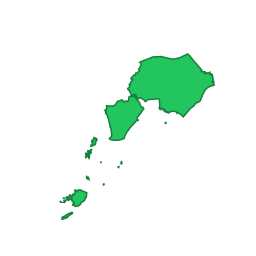 Kayong Utara, Kalimantan Barat, Indonesia (orthographic projection), rotated 334°
{"feature_id": "22746128B56151469580770", "entity_name": "Kayong Utara", "entity_type": "district", "adm_level": 2, "iso_a3": "IDN", "parent_name": "Indonesia", "parent_adm1": "Kalimantan Barat", "projection": "orthographic", "projection_center": [109.449, -1.248], "detail": "fine", "context": "isolated", "style": "filled", "palette": "green", "viewbox_px": 256, "rotation_deg": 334, "n_neighbors": 0, "source": "geoboundaries", "source_scale": "gbopen_adm2", "svg_char_len": 5895}
<svg xmlns="http://www.w3.org/2000/svg" viewBox="0 0 256 256"><g transform="rotate(334 128 128)"><path d="M182.6,142.2L192.8,137.7L195.5,137.4L197.7,136.6L199.4,135.6L201.0,135.4L202.9,135.7L204.9,135.2L210.2,130.4L214.1,127.6L217.2,126.6L221.3,126.5L223.8,127.4L224.2,126.7L224.5,126.7L224.5,126.3L224.1,125.9L224.3,124.6L225.0,124.5L224.8,124.1L225.3,123.7L224.7,123.3L225.3,123.3L225.1,122.9L225.7,121.8L225.6,121.3L226.4,120.3L226.8,120.4L226.1,119.9L226.5,119.4L226.9,118.0L226.4,117.2L227.1,116.9L227.0,116.3L226.0,115.9L226.0,115.4L225.6,115.4L226.0,115.0L225.6,114.2L225.9,113.8L224.3,113.7L223.8,113.3L222.8,113.5L222.1,112.6L221.6,113.1L221.0,112.9L220.8,112.4L222.0,111.8L221.7,111.1L220.7,110.4L219.2,110.4L219.2,109.4L218.5,109.4L218.8,109.3L218.7,108.5L219.2,108.6L219.3,108.1L219.7,108.1L216.6,96.9L215.3,90.9L214.1,87.6L206.2,87.6L200.9,86.7L199.3,86.2L196.1,84.1L189.1,78.3L181.4,75.0L176.8,74.8L171.9,74.2L167.6,74.1L168.4,74.9L167.5,76.0L167.5,77.3L165.7,78.3L164.8,79.3L163.4,79.6L163.3,81.9L161.8,82.0L160.3,82.8L159.2,82.0L157.7,83.7L156.1,82.9L154.9,83.9L153.0,84.1L152.3,85.3L152.6,85.9L153.3,86.3L153.3,86.8L152.6,87.3L150.8,87.7L149.6,89.0L148.2,89.3L147.9,89.9L148.4,90.4L148.0,91.3L147.1,92.0L145.7,92.1L145.0,92.6L144.8,93.2L145.5,94.9L145.7,97.2L145.4,100.1L146.5,100.7L147.8,100.3L148.9,100.9L149.5,101.9L149.4,105.2L150.2,106.4L151.4,106.2L152.4,106.3L153.3,107.0L153.4,107.5L155.1,110.8L155.0,111.7L155.8,112.0L156.2,111.4L157.7,111.3L159.9,111.8L168.4,115.2L168.7,115.9L166.2,122.2L165.8,122.8L165.2,123.0L165.3,123.7L164.7,124.1L164.8,124.7L165.2,124.6L165.3,125.5L165.6,125.5L165.8,125.9L166.8,125.1L167.8,125.7L167.6,127.3L168.1,127.2L168.3,127.6L168.8,127.2L169.3,128.0L168.9,129.2L168.3,129.3L168.7,129.8L169.6,130.0L169.3,130.5L169.6,130.8L169.9,130.4L170.7,130.7L170.8,132.2L171.7,132.3L171.9,132.0L172.4,131.9L173.4,132.2L173.7,131.8L174.3,131.8L177.5,133.7L178.6,135.0L178.5,136.0L178.9,135.7L179.4,136.1L181.4,138.8L182.3,141.4L182.6,141.6L182.6,142.2ZM121.4,100.4L118.5,98.6L117.6,100.7L116.7,101.8L116.3,101.9L115.5,101.6L115.1,101.9L115.5,102.6L115.5,103.4L114.8,103.5L115.0,104.5L114.3,105.0L114.9,106.5L114.1,113.4L113.8,113.7L112.8,118.5L112.4,118.8L112.7,119.1L112.2,122.0L110.6,126.4L109.4,128.6L107.3,128.9L106.5,129.7L107.1,130.6L108.9,132.1L111.7,133.8L115.0,135.1L119.4,135.7L120.1,135.6L121.1,134.2L124.4,131.7L129.7,128.8L138.0,125.5L139.9,125.2L140.4,125.6L140.7,125.3L140.1,124.8L140.0,124.0L140.7,122.8L143.3,121.5L143.4,121.2L144.0,121.2L145.7,120.4L149.5,118.1L150.4,117.9L150.7,117.4L150.4,115.9L149.4,114.9L149.1,113.7L149.2,111.6L149.6,110.4L148.5,106.7L148.0,104.0L148.1,103.0L148.8,102.4L148.6,102.0L146.0,101.8L144.9,101.3L144.0,100.4L143.5,100.4L142.0,100.8L141.5,102.3L140.5,103.5L139.1,103.9L137.8,102.7L135.6,102.9L135.3,100.6L134.9,100.0L132.7,100.0L130.4,99.4L127.1,101.4L125.5,101.9L123.7,101.5L123.3,101.2L122.9,101.3L121.8,100.4L121.4,100.4ZM53.2,160.6L52.6,160.8L52.7,162.3L51.5,163.3L51.0,164.3L50.2,164.2L50.2,163.6L49.9,163.4L48.8,164.8L48.4,164.6L48.5,163.9L47.3,164.4L47.1,163.8L46.6,163.7L46.6,163.4L46.9,163.3L46.3,162.6L45.7,162.9L45.8,163.5L45.2,163.6L45.1,164.2L44.7,164.6L43.8,164.3L42.4,164.7L41.3,165.8L42.0,166.1L42.5,165.8L43.2,165.7L43.4,166.3L42.2,167.1L44.3,166.8L45.4,166.0L46.9,166.2L46.8,166.5L45.9,166.4L45.5,166.7L46.3,168.2L45.6,168.8L46.3,169.7L46.3,170.4L46.8,170.5L46.8,171.5L46.5,171.8L45.6,172.0L45.8,172.6L45.6,172.9L44.9,172.8L44.5,173.2L45.5,173.4L46.0,175.2L48.1,175.7L48.8,176.4L50.3,175.9L51.3,175.9L51.6,175.5L52.5,175.4L53.2,174.5L54.6,174.2L55.8,174.5L57.6,173.8L58.6,172.5L59.8,172.2L60.3,171.6L60.2,171.2L60.8,171.0L62.6,168.0L61.4,167.1L61.4,166.5L59.3,164.9L59.3,164.1L58.2,163.4L57.9,162.5L56.4,162.1L55.6,162.2L55.1,162.7L55.1,162.0L54.6,161.5L53.7,161.8L53.4,161.3L53.6,160.9L53.2,160.6ZM93.4,121.7L91.9,122.9L91.7,123.4L90.7,123.3L90.5,123.7L89.6,123.7L89.3,125.0L89.8,125.2L89.7,125.8L88.7,127.0L88.5,127.7L89.1,127.9L89.2,128.3L89.4,128.1L90.2,128.5L91.4,128.4L92.3,127.6L92.6,126.3L93.6,125.9L93.9,125.3L94.3,125.4L94.2,123.0L94.0,122.3L93.4,121.7ZM36.4,178.9L34.5,179.1L33.5,179.9L33.1,179.3L32.7,179.7L31.8,179.4L31.4,179.9L31.3,179.6L30.6,180.1L30.1,179.3L29.7,179.3L29.3,179.6L29.8,180.2L29.5,180.9L28.9,181.1L29.3,181.4L30.9,181.2L31.4,181.6L33.5,181.9L34.7,181.7L35.5,181.2L37.1,180.7L39.5,180.7L40.6,180.3L41.0,179.9L40.7,179.3L40.3,179.2L36.4,178.9ZM80.6,133.3L80.1,133.4L80.0,136.4L79.5,137.3L79.6,138.1L80.3,137.5L81.3,136.0L81.4,134.7L82.0,134.9L82.6,134.0L82.3,133.7L81.7,133.7L81.3,134.2L80.6,133.3ZM82.0,130.9L81.5,131.4L81.4,132.0L81.9,132.7L82.4,132.8L82.7,133.7L83.3,133.5L83.6,134.3L83.9,134.2L84.3,133.8L84.2,132.5L83.3,131.5L82.0,130.9ZM69.4,155.1L69.3,153.9L68.9,154.5L68.9,155.3L69.4,155.5L69.3,156.1L69.5,156.4L70.2,156.3L70.3,156.8L70.4,157.0L70.8,155.0L70.3,154.4L69.4,155.1ZM79.5,133.3L77.7,134.7L77.5,135.7L77.1,135.7L77.1,136.2L78.2,135.9L78.5,135.2L78.9,135.1L79.8,133.6L79.5,133.3ZM39.8,165.1L38.6,165.2L38.4,166.9L39.8,166.4L39.8,165.1ZM107.5,155.8L107.3,155.3L107.0,155.4L106.7,155.8L106.8,156.4L106.1,157.0L106.7,157.4L107.0,157.3L107.0,157.0L106.8,156.8L107.5,155.8ZM35.7,165.5L35.4,164.5L35.0,164.4L34.7,164.6L34.9,165.2L35.7,165.5ZM79.2,132.1L78.5,132.7L78.5,133.2L79.3,133.0L79.5,132.5L79.2,132.1ZM87.5,127.6L87.2,127.2L86.6,127.8L86.7,128.3L87.5,128.4L87.5,127.6ZM95.1,124.3L94.9,123.7L94.7,123.6L94.5,124.6L94.9,124.9L95.1,124.3ZM164.6,139.8L164.0,139.4L163.6,140.3L164.0,140.5L164.6,139.8ZM81.7,168.3L81.9,167.8L81.6,167.6L81.1,167.9L81.2,168.5L81.7,168.3ZM43.3,163.3L43.1,163.0L42.0,163.4L43.1,163.7L43.3,163.3ZM40.0,163.1L39.3,162.7L39.3,163.2L40.0,163.1ZM102.8,158.9L102.0,158.8L102.3,159.4L102.8,158.9ZM89.3,147.2L88.7,146.7L88.5,147.0L89.3,147.2ZM85.8,131.6L85.7,131.4L85.5,131.7L85.2,131.5L85.2,132.0L85.8,131.6ZM37.2,166.5L37.2,166.1L36.8,166.9L37.2,166.5Z" fill="#22c55e" stroke="#15803d" stroke-width="1.5"/></g></svg>